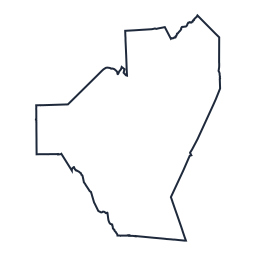 the district of General Treviño, Nuevo León, Mexico
{"feature_id": "50627088B5673549327791", "entity_name": "General Treviño", "entity_type": "district", "adm_level": 2, "iso_a3": "MEX", "parent_name": "Mexico", "parent_adm1": "Nuevo León", "projection": "equal_earth", "projection_center": [-99.45, 26.212], "detail": "fine", "context": "isolated", "style": "outline", "palette": "slate", "viewbox_px": 256, "rotation_deg": 0, "n_neighbors": 0, "source": "geoboundaries", "source_scale": "gbopen_adm2", "svg_char_len": 5193}
<svg xmlns="http://www.w3.org/2000/svg" viewBox="0 0 256 256"><path d="M36.2,105.3L36.3,107.2L36.2,108.7L36.3,110.9L36.3,112.6L36.3,119.0L36.0,119.1L35.9,119.4L35.9,119.5L35.9,119.8L36.3,120.2L36.4,120.5L36.3,122.2L36.4,122.4L36.4,128.9L36.5,138.6L36.5,142.1L36.6,154.3L39.5,154.2L41.5,154.2L45.6,154.2L47.7,154.2L48.0,154.3L48.2,154.2L51.3,154.1L53.0,154.1L55.5,154.1L56.7,154.1L58.0,154.0L58.1,154.5L61.0,154.1L61.3,154.0L61.4,153.9L71.8,170.5L71.8,169.8L72.0,169.1L72.2,168.5L72.6,168.1L73.1,167.7L73.7,167.1L74.0,167.1L74.3,167.9L74.4,168.2L74.5,168.4L74.7,168.8L74.8,169.1L75.3,169.5L75.5,169.8L75.7,170.3L76.5,170.6L76.5,170.4L77.6,171.0L78.3,171.4L79.1,171.8L80.3,172.9L80.5,173.0L80.8,173.1L81.1,173.8L81.3,174.2L81.4,174.5L81.5,174.7L81.5,174.8L82.2,175.2L82.3,175.4L82.4,175.5L82.7,176.6L83.2,178.8L83.5,180.3L83.8,181.7L83.8,181.9L83.8,182.1L84.0,182.4L85.1,183.9L85.6,184.8L86.1,185.6L88.3,188.9L89.7,191.1L90.3,191.5L90.5,191.7L90.8,191.8L91.0,192.0L91.1,192.3L91.2,192.7L91.3,193.1L91.6,194.0L92.0,195.4L93.5,200.5L94.0,202.3L94.1,202.5L95.0,204.2L96.7,207.7L97.3,208.9L98.0,210.4L98.1,210.7L98.3,210.8L98.5,211.0L98.8,211.2L99.6,211.7L100.1,211.8L100.5,212.1L100.8,212.3L101.4,212.4L101.9,212.3L102.5,212.0L102.6,211.9L102.8,211.7L103.0,211.7L103.8,211.7L104.2,211.8L104.4,211.9L104.6,212.0L105.3,212.6L105.7,213.0L105.9,213.1L106.0,213.1L106.3,213.1L106.6,212.9L106.9,212.8L107.1,212.8L107.2,212.7L107.3,212.7L107.4,212.8L107.5,213.0L107.6,214.0L108.1,217.8L108.4,220.0L108.9,221.5L109.2,222.2L109.4,222.7L109.7,223.1L110.1,223.6L110.5,224.0L111.2,224.1L112.2,224.5L112.2,225.5L112.3,225.6L112.6,226.0L112.8,227.5L112.9,228.3L113.0,228.4L113.0,228.5L113.7,229.4L113.9,229.4L114.1,229.5L114.3,229.7L114.4,229.9L114.5,230.6L114.9,231.2L115.6,231.9L115.8,232.0L115.9,232.3L116.3,233.0L117.1,234.0L117.5,235.3L117.5,235.5L118.1,235.5L118.7,235.5L119.5,235.5L120.1,235.6L120.5,235.8L120.9,235.6L121.1,235.6L121.4,235.6L121.9,235.6L122.4,235.6L123.4,235.6L123.7,235.6L123.8,235.6L124.0,235.6L124.4,235.6L126.6,235.6L126.9,235.5L127.6,235.3L128.1,235.2L128.4,235.2L128.3,235.3L128.3,235.5L128.4,235.8L131.7,235.9L133.2,235.9L135.6,236.3L135.6,236.0L140.3,236.5L141.6,236.6L142.7,236.7L145.7,237.0L153.0,237.7L158.6,238.2L163.1,238.6L165.9,238.9L166.2,239.0L170.5,239.3L173.6,239.6L174.7,239.6L179.1,240.1L179.4,240.1L184.4,240.6L185.9,240.6L184.5,236.7L183.0,232.3L182.5,230.8L182.3,230.1L181.3,227.1L177.1,215.0L175.3,209.9L173.5,204.7L173.4,204.4L173.0,203.2L172.6,202.2L172.3,201.1L171.6,199.1L170.9,197.1L183.2,170.7L189.7,155.8L191.3,155.3L191.0,154.8L190.8,154.3L190.7,154.0L190.6,153.7L190.4,153.5L190.3,153.3L190.1,152.8L190.1,152.6L192.0,149.6L197.5,139.2L213.4,104.6L215.9,99.0L220.1,88.5L219.8,79.5L219.7,79.1L219.8,78.9L220.0,78.8L220.1,78.4L220.0,78.2L219.9,77.9L219.9,77.5L219.8,77.3L219.9,77.1L220.0,76.8L219.9,76.4L219.8,75.8L219.7,75.3L219.6,74.5L219.6,73.4L219.3,72.5L219.1,71.9L218.7,71.3L218.6,70.9L218.6,70.5L218.8,69.8L218.9,68.7L219.1,67.7L219.2,65.9L219.2,64.3L219.2,63.5L219.1,62.5L219.1,61.3L219.1,59.9L219.2,37.3L215.5,33.7L197.4,15.4L197.2,15.7L197.1,16.3L196.9,16.7L196.7,16.8L196.2,17.1L195.8,17.6L195.6,17.8L195.3,18.0L195.2,18.1L194.8,18.5L194.7,18.7L194.4,18.9L194.3,19.0L194.2,19.1L194.1,19.3L194.1,19.5L194.1,19.9L194.0,20.1L193.9,20.2L193.6,20.2L193.4,20.2L193.2,20.3L192.9,20.5L192.8,20.9L192.9,21.0L192.8,21.3L192.7,21.6L192.2,21.7L192.1,21.8L191.9,22.0L191.7,22.4L191.5,22.5L191.2,22.6L190.9,22.6L190.7,22.6L190.5,22.4L190.3,22.3L190.0,22.1L189.8,22.1L189.7,22.1L189.4,22.2L189.3,22.3L189.1,22.5L188.9,22.7L188.6,22.6L188.2,22.7L188.1,22.9L188.1,23.2L188.0,23.3L187.9,23.4L187.7,23.7L187.5,23.9L187.4,24.1L187.3,24.4L187.2,24.8L187.2,25.0L187.0,25.3L186.9,25.5L186.6,25.9L186.1,26.4L185.8,26.5L185.4,26.6L185.0,26.6L184.8,26.7L184.4,26.7L184.1,26.7L183.7,26.8L183.3,26.9L182.9,26.9L182.6,26.9L182.2,26.9L181.9,27.0L181.6,27.4L181.4,27.9L181.3,28.1L181.1,28.3L181.1,28.5L181.2,29.1L181.1,29.4L181.0,29.6L180.6,30.0L180.4,30.3L180.2,30.6L180.0,30.8L179.8,31.1L179.5,31.3L179.3,31.5L178.9,32.0L178.6,32.3L178.4,32.6L178.2,32.8L178.0,33.1L177.8,33.4L177.4,33.5L177.2,33.5L176.9,33.9L176.9,34.3L176.8,34.5L176.7,34.9L176.6,35.2L176.5,35.6L176.3,35.9L176.1,36.1L175.8,36.1L175.7,36.2L175.6,36.4L175.5,36.5L175.7,37.0L175.5,37.4L175.3,37.4L175.2,37.5L174.9,37.5L174.6,37.5L174.2,37.5L173.8,37.8L173.6,38.1L173.3,38.2L173.0,38.3L172.1,38.4L172.0,38.2L171.9,38.1L171.6,38.1L171.1,38.6L170.9,38.8L164.8,27.1L162.5,27.6L158.8,28.3L156.2,28.9L155.3,28.6L155.0,28.5L154.7,28.6L154.4,28.6L153.8,28.8L151.9,29.2L142.0,29.8L134.5,30.3L130.8,30.5L125.2,30.8L125.4,36.6L125.5,37.6L125.5,40.0L126.2,55.7L126.7,69.8L127.0,75.6L126.0,75.3L123.6,72.7L124.5,69.2L121.7,67.0L121.5,67.8L121.2,68.5L120.9,69.4L119.3,71.3L118.9,72.1L118.4,73.4L118.3,73.6L118.0,74.0L117.9,74.1L117.7,74.1L117.5,73.9L117.3,72.7L117.3,72.1L116.7,71.3L115.8,70.4L114.4,69.2L113.1,68.7L112.0,68.5L111.8,68.6L111.7,68.6L111.4,68.7L111.1,68.7L110.6,68.3L110.0,68.0L108.9,67.8L107.2,67.6L106.7,67.7L106.0,67.8L105.6,68.0L104.2,68.9L103.3,69.5L102.9,69.9L102.2,70.5L97.2,75.5L67.9,104.4L42.9,105.2L40.3,105.2L40.2,105.3L39.9,105.2L36.2,105.3Z" fill="none" stroke="#1e293b" stroke-width="2"/></svg>